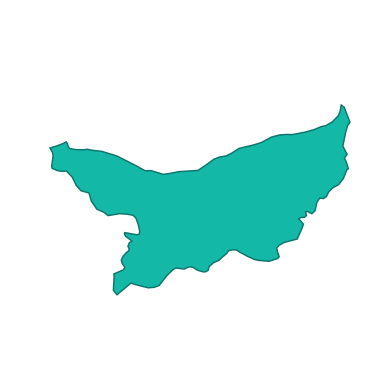 Moldova, orthographic projection, rotated 102°
{"feature_id": "MDA", "entity_name": "Moldova", "entity_type": "country or territory", "adm_level": 0, "iso_a3": "MDA", "parent_name": "Europe", "parent_adm1": "", "projection": "orthographic", "projection_center": [28.535, 46.964], "detail": "fine", "context": "isolated", "style": "filled", "palette": "teal", "viewbox_px": 384, "rotation_deg": 102, "n_neighbors": 0, "source": "natural_earth", "source_scale": "50m", "svg_char_len": 1905}
<svg xmlns="http://www.w3.org/2000/svg" viewBox="0 0 384 384"><g transform="rotate(102 192 192)"><path d="M75.9,64.1L77.4,60.8L91.0,52.0L94.5,53.6L101.5,54.1L115.8,54.0L122.9,48.1L127.2,49.9L130.8,47.2L136.7,43.9L137.5,44.7L138.3,45.2L147.4,46.8L154.2,50.1L158.7,55.2L163.4,58.3L168.3,59.5L171.0,62.0L171.5,65.8L176.1,67.7L184.7,67.7L188.3,70.2L187.0,75.2L187.9,76.9L191.0,75.2L193.3,76.7L194.5,80.4L195.9,82.2L200.3,76.3L204.9,76.9L216.1,79.3L222.2,91.4L226.0,95.7L229.3,97.5L233.4,95.6L237.1,93.3L239.2,94.3L243.8,102.3L245.0,112.8L245.0,117.0L243.4,124.2L241.2,131.8L239.4,136.7L240.2,140.7L241.8,144.0L244.5,145.1L253.4,151.7L256.8,156.4L261.6,159.8L265.2,159.9L267.1,161.8L267.8,164.2L267.4,170.2L265.4,175.8L265.8,179.4L269.0,183.6L269.4,188.6L269.7,191.8L271.5,194.2L279.7,199.6L290.3,204.7L293.1,209.2L294.8,214.9L294.5,224.5L293.9,232.9L308.1,244.0L306.5,246.1L304.4,248.5L291.1,250.5L288.4,251.4L282.5,243.0L279.5,242.0L276.7,245.2L273.3,247.0L269.3,246.1L264.9,243.6L262.8,241.7L261.0,241.5L258.3,243.4L254.7,242.7L252.4,240.6L249.1,247.8L247.0,249.4L245.7,249.2L245.3,236.9L244.3,235.0L241.7,234.8L235.2,237.7L229.1,241.5L227.0,244.9L227.2,251.0L228.2,258.2L232.5,269.1L230.2,273.9L228.6,281.5L221.9,288.5L214.4,292.5L213.8,300.9L209.6,306.6L202.4,312.2L197.6,319.1L198.8,323.8L199.1,328.2L198.3,331.2L198.1,333.5L196.2,334.6L185.2,335.4L182.1,336.8L178.5,340.1L175.1,333.9L171.6,328.4L169.1,325.5L170.2,324.2L173.0,322.7L174.9,320.8L174.7,314.4L173.3,307.0L172.0,303.4L171.9,297.8L171.0,289.0L172.4,272.8L177.9,252.4L181.0,242.3L179.6,236.7L180.7,223.8L178.4,217.4L174.8,209.0L169.7,190.7L163.2,184.4L155.3,177.3L151.9,172.0L149.7,166.2L145.0,160.4L139.6,155.1L133.3,141.8L130.0,135.8L129.0,134.2L121.7,125.6L117.9,117.9L116.1,111.6L115.0,105.8L110.1,94.2L105.6,85.5L101.2,79.2L99.3,74.9L94.2,69.3L86.9,64.7L82.1,63.9L75.9,64.1Z" fill="#14b8a6" stroke="#0f766e" stroke-width="1.5"/></g></svg>